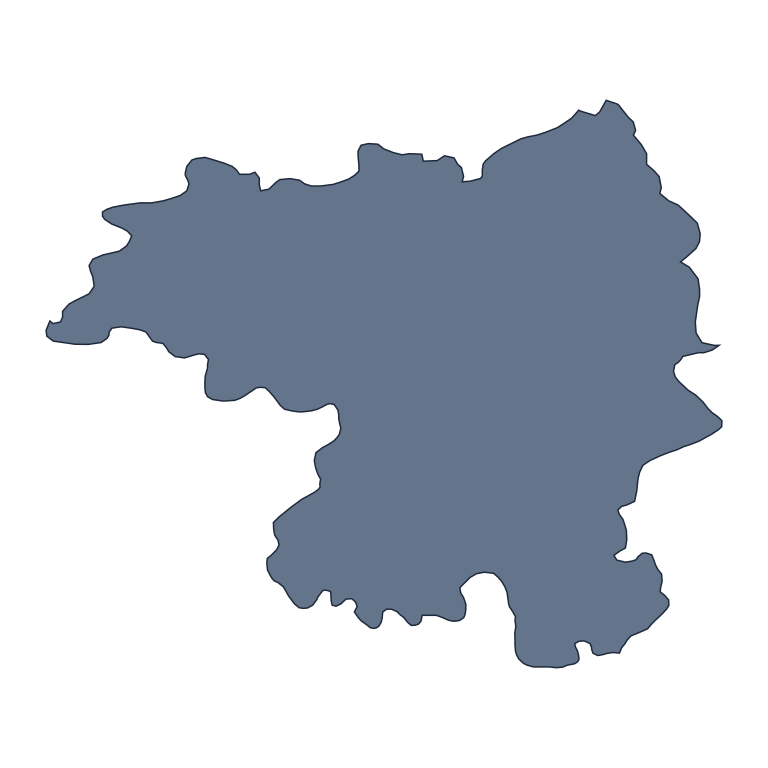 Horki, Mogilev, Belarus (Equal Earth projection)
{"feature_id": "67162791B10713618148259", "entity_name": "Horki", "entity_type": "district", "adm_level": 2, "iso_a3": "BLR", "parent_name": "Belarus", "parent_adm1": "Mogilev", "projection": "equal_earth", "projection_center": [30.973, 54.207], "detail": "fine", "context": "isolated", "style": "filled", "palette": "slate", "viewbox_px": 768, "rotation_deg": 0, "n_neighbors": 0, "source": "geoboundaries", "source_scale": "gbopen_adm2", "svg_char_len": 5201}
<svg xmlns="http://www.w3.org/2000/svg" viewBox="0 0 768 768"><path d="M719.1,345.3L714.4,345.4L702.0,342.7L696.1,333.1L695.3,322.0L697.5,306.5L699.6,296.4L699.6,289.5L698.1,278.9L689.3,267.2L680.5,261.9L686.4,257.1L695.9,248.6L699.5,241.7L700.2,233.7L697.3,223.1L688.5,214.6L678.2,205.1L668.7,200.8L659.8,193.4L661.3,187.6L659.1,176.5L653.9,170.6L646.6,164.3L646.6,153.7L641.4,144.7L633.4,135.2L635.6,130.4L633.3,122.0L628.2,117.2L618.7,105.1L617.2,104.0L606.2,100.3L599.7,111.9L595.3,115.6L581.4,111.4L578.6,110.2L577.0,112.2L571.6,118.2L563.4,123.8L556.8,127.9L545.0,132.5L536.6,135.2L527.7,136.9L520.7,138.9L513.2,142.6L501.5,148.4L494.0,153.5L485.5,160.9L483.2,164.0L482.3,170.1L482.3,176.2L480.4,178.5L470.2,181.2L462.1,181.8L463.6,176.5L461.4,167.5L457.7,164.3L454.0,157.9L444.5,155.8L437.2,160.6L425.5,161.1L423.3,161.1L421.8,154.2L409.4,153.7L402.1,154.8L393.3,152.6L383.8,148.9L377.9,144.2L368.4,143.6L361.1,145.2L358.1,151.1L358.1,156.9L358.9,164.8L358.9,171.2L354.5,175.4L348.6,179.1L339.8,182.3L333.2,184.4L320.8,186.0L311.3,186.0L304.7,183.9L299.5,180.2L290.0,178.6L279.8,179.6L276.1,182.3L268.8,189.2L260.7,190.8L259.3,184.9L259.3,178.0L254.9,172.2L249.8,174.3L239.5,174.3L238.9,173.4L236.6,170.1L232.2,166.4L224.2,163.2L213.9,160.0L205.1,157.4L196.3,158.5L191.9,160.0L186.8,166.4L185.3,172.8L185.3,175.4L187.5,179.6L189.0,183.9L186.8,190.8L180.2,195.5L170.6,198.7L163.3,200.8L151.6,202.9L139.9,202.9L123.7,205.1L112.8,207.2L106.9,209.3L102.5,212.0L102.5,216.2L104.7,219.4L112.0,224.2L121.5,227.9L127.3,231.1L131.7,235.8L129.5,241.1L126.6,245.9L119.2,251.2L103.1,254.9L92.8,259.2L89.1,265.6L90.6,271.4L92.8,276.7L94.2,286.3L89.1,293.8L77.3,299.6L69.2,303.9L62.6,311.3L62.6,317.2L60.4,322.0L53.0,323.6L49.9,321.0L46.1,330.3L46.8,336.1L53.2,341.1L67.4,343.1L74.8,344.2L88.3,344.4L101.2,342.5L107.1,338.3L108.9,335.3L109.1,332.2L112.0,328.1L121.4,326.8L131.8,328.3L139.9,329.8L146.0,332.0L150.3,338.1L152.6,341.2L156.4,342.5L162.8,343.3L166.3,347.5L168.9,351.8L175.2,356.6L184.6,357.9L193.8,355.1L198.9,353.8L204.5,354.4L208.5,359.5L207.5,364.7L207.5,368.2L205.2,376.2L204.9,382.3L204.9,387.9L205.4,392.7L207.7,396.8L212.5,399.5L222.4,401.0L225.5,401.0L234.9,400.3L240.0,398.4L245.1,395.5L248.7,393.0L252.5,390.5L256.1,388.0L259.9,387.3L265.2,387.7L269.0,391.2L273.9,396.8L277.2,401.2L280.2,405.3L284.5,409.2L292.2,411.0L298.8,411.9L303.1,411.8L312.0,410.7L317.4,409.2L321.9,407.1L327.3,404.2L330.3,403.6L334.4,404.7L338.0,410.3L338.7,414.7L338.7,418.4L339.7,423.6L340.8,428.1L339.5,434.0L337.4,437.2L334.1,440.7L328.5,444.4L322.4,447.7L316.0,452.6L314.3,460.4L315.3,466.1L316.8,471.5L318.6,475.6L320.6,479.1L319.8,484.1L320.1,486.9L318.6,489.2L314.5,492.3L308.4,495.7L302.2,499.0L291.3,507.0L279.3,516.7L273.4,522.5L273.7,529.5L274.7,535.1L278.0,540.2L279.0,545.0L276.7,549.7L271.4,555.1L267.3,558.4L266.8,562.9L267.5,570.0L269.8,574.6L271.6,577.8L272.4,578.8L274.4,581.0L277.7,582.3L283.3,586.8L285.8,590.9L288.4,595.7L294.5,603.9L299.1,607.7L303.4,608.4L307.7,607.9L312.6,605.2L316.7,599.8L317.9,597.0L322.8,590.5L325.9,590.1L330.4,591.4L330.9,594.4L331.2,600.9L332.2,605.2L336.0,606.2L340.9,603.9L346.0,599.1L351.8,598.7L355.4,601.9L357.2,606.4L354.4,612.0L358.5,617.9L361.5,621.1L366.6,624.7L370.2,627.7L373.8,628.4L376.1,628.0L378.9,626.2L381.2,622.2L382.2,617.8L382.7,612.1L386.5,609.2L391.4,609.2L397.0,611.6L400.0,614.6L403.8,617.6L407.7,622.4L411.2,625.4L415.1,625.2L418.4,624.1L420.7,621.7L421.2,620.2L422.2,615.3L429.8,615.3L436.2,615.3L441.1,617.0L448.5,620.2L452.5,621.1L455.9,621.1L459.7,620.4L463.8,617.6L465.0,614.6L465.8,609.7L465.8,604.1L463.5,597.4L460.7,592.9L459.9,587.7L462.7,584.7L466.8,580.8L470.1,577.4L476.5,573.7L484.4,572.2L493.6,573.3L498.1,577.2L501.7,581.5L504.8,586.6L507.1,592.5L507.8,597.8L508.6,603.4L509.4,606.7L513.0,612.1L515.5,616.8L515.0,620.2L515.8,626.2L514.8,633.5L515.0,639.6L515.0,645.0L515.5,651.0L516.6,655.0L518.9,659.1L523.5,663.4L527.3,665.2L533.4,666.9L542.3,666.9L549.2,666.9L556.4,667.7L562.7,667.1L567.3,665.2L574.5,663.8L577.5,661.9L579.0,659.3L578.5,654.8L577.3,650.5L575.5,647.1L574.7,643.7L578.8,641.3L584.1,640.9L590.0,643.5L591.5,647.3L591.8,649.9L593.1,653.3L597.7,655.5L602.0,654.8L607.6,653.3L613.0,652.5L619.4,653.1L621.7,647.7L625.0,643.7L627.0,640.3L630.8,636.0L637.5,633.2L642.0,631.3L647.6,628.8L650.5,625.3L654.1,621.4L658.8,617.1L662.6,613.4L666.6,609.1L668.9,605.3L668.6,599.9L664.8,595.5L660.1,591.7L660.8,586.9L662.1,581.4L661.6,574.1L657.8,569.4L655.3,564.5L654.0,560.4L651.7,554.8L646.1,553.0L642.3,553.2L637.8,556.9L636.3,559.6L632.5,561.0L625.5,562.2L616.8,560.1L613.9,555.3L620.4,550.7L625.3,548.1L626.0,544.7L626.8,539.3L626.4,530.4L624.8,525.0L623.0,519.5L619.4,514.5L617.8,510.1L621.6,506.4L627.0,504.9L634.6,501.3L636.8,490.8L637.5,483.5L638.1,478.3L639.7,471.9L643.0,465.2L650.0,460.5L660.0,455.9L668.3,452.6L677.2,449.7L683.7,446.6L689.5,444.8L698.9,441.2L705.4,437.6L711.7,434.2L714.3,432.4L718.1,430.0L721.7,426.7L721.9,420.7L717.7,416.6L712.5,413.0L708.2,408.8L702.9,401.9L695.5,394.9L688.1,390.2L684.0,386.3L678.9,381.6L675.3,377.0L673.5,371.5L674.8,364.7L678.2,362.4L680.4,360.1L682.9,356.4L698.5,352.7L703.9,352.7L712.1,350.1L719.1,345.3Z" fill="#64748b" stroke="#1e293b" stroke-width="1.5"/></svg>